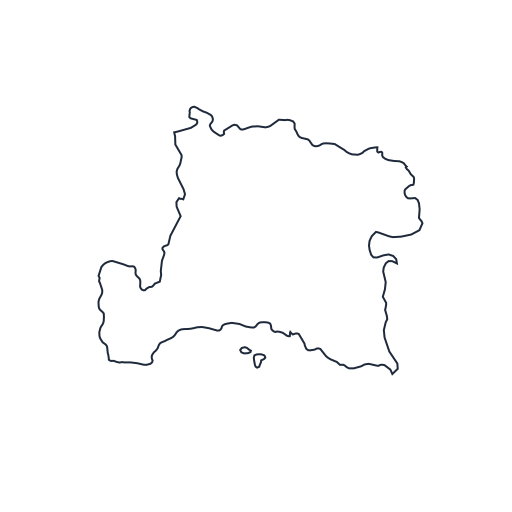 map outline of Navarra (Albers equal-area conic projection), rotated 67°
{"feature_id": "ESP-5837", "entity_name": "Navarra", "entity_type": "Autonomous Community", "adm_level": 1, "iso_a3": "ESP", "parent_name": "Spain", "parent_adm1": "", "projection": "albers", "projection_center": [-1.621, 42.607], "detail": "fine", "context": "isolated", "style": "outline", "palette": "slate", "viewbox_px": 512, "rotation_deg": 67, "n_neighbors": 0, "source": "natural_earth", "source_scale": "10m", "svg_char_len": 5197}
<svg xmlns="http://www.w3.org/2000/svg" viewBox="0 0 512 512"><g transform="rotate(67 256 256)"><path d="M232.6,82.5L233.0,83.5L235.0,83.2L237.1,82.1L241.1,81.6L244.8,80.0L246.5,80.2L250.0,81.9L251.8,83.2L251.7,84.4L251.2,85.9L251.5,88.1L252.9,92.4L253.8,93.6L256.0,94.6L258.0,94.9L260.3,94.6L262.3,93.5L263.4,91.2L264.8,86.9L267.6,85.3L271.2,85.4L276.9,87.1L284.6,91.1L286.6,90.7L288.6,90.0L290.9,90.0L296.1,95.5L296.9,104.7L294.9,114.8L292.1,122.7L289.8,125.9L282.2,134.1L280.7,136.2L283.0,141.7L286.4,145.5L290.5,147.9L295.0,149.1L300.0,149.5L303.2,148.4L304.7,145.0L305.2,138.4L306.4,133.3L309.6,129.7L313.7,128.2L317.9,129.2L314.0,132.6L312.5,135.9L313.4,139.3L316.5,142.9L320.0,145.0L330.7,146.8L337.0,150.3L343.1,155.2L350.0,154.5L351.6,155.2L354.6,157.1L356.0,158.2L362.4,159.0L365.5,159.9L367.7,162.5L374.2,167.3L381.3,169.5L396.0,170.6L410.2,167.9L415.2,169.6L417.9,176.6L413.1,176.7L406.7,180.3L405.4,182.3L404.8,184.2L405.0,185.9L404.3,187.4L399.4,194.2L398.7,196.5L398.3,198.5L398.6,202.5L397.6,210.0L395.7,214.3L393.8,215.9L391.5,217.1L390.3,218.1L388.9,221.3L385.1,223.0L380.2,227.8L377.8,229.5L375.5,230.7L366.7,233.1L365.4,234.7L364.9,236.4L365.1,238.2L364.8,239.9L363.9,243.3L363.1,244.8L361.1,246.0L357.3,246.0L355.6,245.6L344.5,247.1L343.3,248.5L342.8,250.1L342.7,251.6L342.6,252.8L340.7,253.7L339.4,254.1L340.1,254.7L343.0,256.2L342.7,257.1L341.7,258.5L337.1,261.4L335.1,263.8L333.8,266.0L333.4,268.1L332.2,269.2L330.7,270.0L329.2,270.4L325.8,269.4L323.7,269.4L322.3,270.6L321.1,272.4L319.9,274.8L319.2,276.8L318.7,278.7L319.0,280.3L319.5,281.7L320.4,283.2L320.8,284.2L321.0,286.0L319.7,288.7L316.9,293.0L312.1,297.8L308.1,304.4L307.0,308.8L306.6,311.4L306.8,313.4L307.5,314.9L308.8,315.8L309.8,317.2L310.2,318.7L309.6,320.7L304.1,327.5L300.4,333.2L299.1,336.6L298.4,339.1L298.2,341.0L297.3,345.0L296.5,347.4L295.1,351.0L294.4,353.4L294.3,355.6L294.6,357.3L295.4,359.2L296.5,360.7L297.4,362.3L298.1,364.1L298.4,366.3L298.5,371.3L298.7,373.3L298.6,376.8L298.9,378.5L299.9,380.1L302.5,382.6L303.4,384.1L304.2,385.7L304.7,387.5L305.7,389.1L306.8,390.6L308.3,391.5L310.0,392.0L311.8,392.0L313.2,393.1L314.0,395.3L313.3,399.6L312.1,402.0L308.3,407.2L304.9,413.1L302.4,419.0L301.3,420.8L300.8,423.2L298.8,426.0L297.0,427.8L296.0,430.3L294.9,431.5L294.0,432.0L292.7,431.5L289.3,430.6L287.4,430.4L282.0,428.7L280.6,428.5L279.3,428.8L278.3,429.2L275.5,430.9L271.9,431.5L270.1,431.6L268.4,431.3L265.1,430.1L262.1,427.9L260.8,426.7L258.8,423.7L257.5,422.4L256.0,421.4L252.7,419.8L249.4,418.6L247.7,419.1L244.2,420.7L242.4,420.8L240.6,420.4L236.9,419.0L235.4,418.0L234.0,416.8L231.6,413.7L230.2,412.3L228.7,411.4L227.0,410.8L219.9,410.2L218.2,410.4L216.2,409.3L215.8,408.9L215.4,408.8L214.9,408.5L212.8,408.7L205.7,402.6L204.4,400.0L203.7,397.5L203.6,395.3L203.7,393.4L204.0,391.5L204.7,389.8L212.2,380.9L214.9,378.2L216.0,376.8L216.7,375.1L217.3,373.5L218.3,372.3L220.0,372.0L221.9,372.2L224.2,373.4L225.9,373.9L227.5,373.7L231.3,372.1L233.1,372.1L234.9,372.7L239.0,374.7L240.8,374.7L242.5,374.1L243.6,373.0L244.1,371.5L243.3,369.6L242.9,367.0L243.0,365.8L243.3,365.1L243.5,364.5L243.6,363.5L243.0,361.9L241.9,360.0L242.0,354.6L236.4,350.7L232.6,349.5L223.6,344.4L219.1,340.2L217.3,339.0L216.1,338.9L213.2,339.4L212.1,339.0L211.2,337.3L211.2,335.4L211.4,333.5L211.0,332.1L203.9,326.9L189.9,309.8L179.6,309.8L175.3,308.2L172.7,304.2L173.6,303.6L174.4,302.0L175.4,300.8L171.4,297.2L166.1,296.6L153.7,297.4L150.1,297.0L147.3,296.1L145.1,294.3L142.9,291.2L141.3,289.6L135.9,285.8L134.0,285.1L121.9,286.7L114.2,283.7L110.2,283.0L110.9,279.2L112.6,265.9L111.9,261.1L111.5,259.4L110.5,258.1L109.1,257.5L107.6,257.4L103.8,262.3L102.3,263.1L100.8,262.5L97.9,260.8L96.5,260.5L95.2,259.5L94.3,258.1L94.1,256.4L94.4,254.6L97.0,252.1L98.6,251.2L102.3,248.2L104.7,245.5L108.4,242.6L110.1,241.9L111.8,242.0L113.4,242.3L114.5,243.0L115.3,243.8L116.8,246.6L118.0,247.6L121.3,247.6L123.1,247.2L125.0,246.4L130.6,242.7L131.6,241.4L131.6,239.1L131.1,237.6L129.1,237.1L128.1,236.3L126.6,226.7L126.7,224.7L128.2,222.5L133.2,220.8L134.3,219.2L134.7,217.0L134.9,212.9L135.3,209.1L137.4,203.4L141.3,197.0L141.8,194.4L141.9,192.2L139.5,181.7L142.4,175.9L142.7,174.5L143.5,172.8L144.6,171.3L146.7,169.2L149.2,168.7L152.5,170.2L154.1,170.7L157.7,170.2L159.7,170.2L161.7,170.0L163.6,169.3L165.3,167.7L168.8,162.8L170.6,161.8L175.7,160.8L177.2,159.7L178.4,158.1L179.0,155.6L179.0,153.6L178.6,151.8L178.8,149.8L179.6,147.5L181.1,144.4L183.7,139.8L193.0,133.2L195.5,132.0L197.8,130.2L199.9,128.0L202.6,122.7L202.8,119.9L202.6,117.5L201.9,115.9L201.6,114.1L201.3,110.3L201.5,108.3L202.9,103.0L203.4,101.8L204.5,102.4L206.9,103.5L207.9,103.4L208.6,102.8L208.6,101.5L208.9,100.2L209.9,99.4L211.5,99.9L212.8,100.6L214.6,100.5L217.1,99.0L219.4,96.7L222.3,92.1L224.9,86.9L226.6,85.1L228.2,83.8L232.5,82.6L232.6,82.5ZM351.9,287.0L353.3,287.2L354.0,289.0L354.1,292.0L355.8,293.0L357.8,295.1L359.2,296.3L359.2,298.6L357.7,299.6L355.6,299.5L351.6,298.6L348.8,297.8L346.8,296.2L346.9,293.7L347.8,291.2L348.6,289.5L350.7,287.2L351.9,287.0ZM341.2,297.7L342.3,298.7L342.3,301.4L341.0,305.0L339.0,307.1L336.4,307.3L335.1,305.0L335.6,301.9L337.1,300.2L339.6,298.9L341.2,297.7Z" fill="none" stroke="#1e293b" stroke-width="2"/></g></svg>